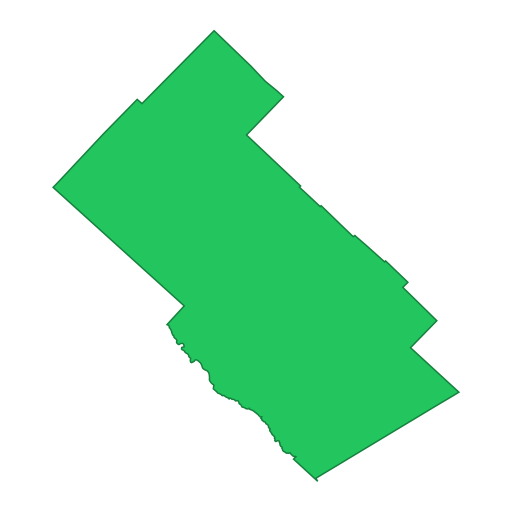 the district of Suipacha, Buenos Aires, Argentina
{"feature_id": "61730980B93203446510136", "entity_name": "Suipacha", "entity_type": "district", "adm_level": 2, "iso_a3": "ARG", "parent_name": "Argentina", "parent_adm1": "Buenos Aires", "projection": "robinson", "projection_center": [-59.716, -34.739], "detail": "fine", "context": "isolated", "style": "filled", "palette": "green", "viewbox_px": 512, "rotation_deg": 0, "n_neighbors": 0, "source": "geoboundaries", "source_scale": "gbopen_adm2", "svg_char_len": 4491}
<svg xmlns="http://www.w3.org/2000/svg" viewBox="0 0 512 512"><path d="M103.7,133.6L58.6,181.7L53.1,187.4L184.2,305.9L167.0,324.6L167.4,324.8L168.0,325.1L168.8,325.7L169.4,326.2L169.3,327.0L169.3,327.7L170.1,328.5L170.6,329.2L171.0,330.0L171.2,330.7L171.6,331.4L171.7,331.9L171.7,332.5L172.0,333.2L172.3,334.0L172.7,334.8L173.2,335.6L173.7,335.8L173.9,336.3L174.0,337.3L174.5,337.9L175.3,338.4L175.9,339.0L176.4,339.6L176.7,340.0L176.9,340.8L176.6,341.6L176.6,342.6L177.3,343.6L178.0,344.1L178.4,344.4L178.9,344.5L179.4,344.4L180.1,343.8L180.7,343.6L181.7,343.4L182.6,343.4L183.6,344.1L183.9,345.2L184.1,346.4L184.0,347.0L183.6,347.0L183.0,347.1L182.2,347.2L181.7,347.6L181.6,348.1L181.5,348.9L182.0,349.6L182.6,349.9L183.4,350.3L184.2,350.8L184.5,351.2L185.1,352.3L186.4,353.3L187.4,353.7L188.1,354.4L188.6,355.3L188.8,356.4L189.2,357.0L190.6,358.2L190.4,359.5L190.3,360.9L190.7,362.2L191.7,362.6L193.1,361.9L194.1,361.4L194.6,360.7L195.0,360.0L196.7,359.9L198.4,361.0L199.9,362.4L200.5,362.9L201.4,364.5L202.0,366.0L202.5,367.8L203.2,368.7L204.7,369.7L206.0,370.3L207.3,370.9L208.8,372.8L209.3,375.0L209.5,377.5L209.4,379.4L209.6,380.6L210.3,381.7L211.4,383.1L212.5,384.1L213.5,384.6L213.9,385.5L213.6,386.6L213.3,388.8L214.3,389.7L215.4,390.6L216.6,391.7L217.5,392.7L218.0,393.2L218.3,393.3L219.1,393.5L220.0,393.9L220.6,394.3L220.9,394.4L221.4,394.7L221.6,395.2L222.1,395.5L222.6,395.7L223.0,395.7L223.7,395.4L224.2,395.6L224.8,396.1L225.4,396.6L226.0,397.0L226.9,397.4L227.5,397.7L228.0,397.8L228.4,398.3L228.9,398.8L229.4,398.9L229.7,398.4L230.0,398.1L230.5,398.1L231.1,398.6L231.6,399.1L232.3,399.3L232.9,399.3L233.6,399.3L234.0,399.6L234.5,399.8L235.0,400.2L235.1,400.6L235.6,400.9L236.8,400.8L237.3,400.6L237.7,400.6L238.1,400.9L238.4,401.4L238.6,401.8L238.9,402.3L238.9,402.7L239.0,403.3L239.6,404.1L240.1,404.1L240.4,404.2L240.9,404.8L241.1,405.2L241.5,406.1L242.0,406.9L242.6,407.2L243.1,407.3L243.5,407.4L244.1,407.5L244.6,407.8L245.1,408.0L245.8,408.6L246.6,408.7L247.1,408.9L247.6,408.9L248.2,408.9L248.7,408.7L249.1,408.3L249.4,408.3L249.6,408.8L249.6,409.1L249.9,409.3L250.1,409.5L250.4,409.6L250.7,409.7L251.4,409.8L252.1,410.3L252.8,410.5L253.3,410.8L253.7,411.2L254.1,411.3L254.5,411.8L255.0,412.2L255.6,412.4L256.0,413.0L256.7,413.3L257.0,413.8L257.5,414.2L258.0,414.5L258.3,414.8L258.7,415.4L259.0,415.7L259.4,416.1L259.8,416.5L260.2,416.9L260.5,416.9L260.9,416.9L261.2,417.1L261.5,416.8L261.8,416.8L261.6,417.3L261.5,417.6L261.2,417.9L260.9,418.3L261.3,418.7L261.6,418.8L261.7,419.4L261.7,419.9L262.4,420.3L262.9,420.8L263.4,421.4L263.9,421.7L264.6,421.8L265.2,422.2L265.6,422.9L265.8,423.5L266.3,424.0L266.8,424.2L267.2,424.4L267.8,424.9L268.2,425.5L268.4,426.0L268.5,426.8L268.6,427.1L268.6,427.5L268.8,427.8L269.4,428.1L269.7,428.3L269.8,428.6L270.1,428.8L270.2,429.1L270.0,429.4L269.7,429.6L269.6,429.8L269.8,430.0L269.8,430.4L269.8,430.8L270.0,431.1L270.3,431.4L270.7,431.8L270.8,432.1L271.2,432.9L271.6,433.2L271.8,433.4L271.8,433.8L271.9,434.2L272.2,434.4L272.5,434.9L272.8,435.0L273.0,435.2L273.2,435.4L273.5,435.7L273.7,435.9L274.0,436.2L274.2,436.3L274.3,436.6L274.5,437.0L274.8,437.2L274.7,437.6L274.5,438.0L274.4,438.3L274.6,438.5L274.8,438.8L274.8,439.0L274.9,439.3L275.0,439.6L275.1,439.9L275.0,440.3L274.8,440.6L275.3,441.2L275.8,441.5L276.2,441.4L276.5,441.3L276.8,441.1L277.1,440.8L277.5,440.8L277.9,440.7L278.3,440.7L278.7,440.9L279.1,441.0L279.4,441.4L279.3,441.8L279.3,442.2L279.5,442.5L279.6,442.8L279.9,443.0L279.8,443.7L279.9,444.3L280.1,444.5L280.2,445.3L280.3,445.7L280.7,446.1L280.8,446.4L281.4,446.8L282.0,447.2L282.2,447.6L281.9,448.4L282.2,448.8L282.4,449.2L282.6,449.7L282.7,450.2L282.9,450.7L283.3,451.1L283.7,451.5L284.2,451.6L284.7,451.9L285.1,452.1L285.4,452.5L285.8,452.8L286.3,452.9L286.7,453.2L287.4,453.2L287.8,453.1L288.5,453.3L289.1,453.1L289.7,452.8L290.1,452.9L290.3,453.2L290.5,453.6L290.9,454.1L291.4,454.4L291.9,455.0L292.6,455.8L293.4,456.2L293.9,456.4L294.5,456.5L295.2,456.4L295.9,456.7L293.5,459.1L317.7,481.3L315.9,478.2L433.8,407.2L450.3,397.4L458.9,392.2L410.5,347.7L436.8,320.7L402.8,287.4L407.9,282.3L385.8,261.1L385.6,260.9L384.6,261.9L366.9,246.0L355.5,236.1L355.3,235.8L355.1,235.6L354.8,235.5L354.6,235.6L354.4,235.9L354.2,236.1L353.9,236.2L353.6,236.2L353.3,236.3L353.1,236.6L339.6,223.6L321.1,205.7L320.2,206.6L299.4,187.2L300.6,186.0L246.5,135.0L283.5,96.8L276.4,90.4L265.3,81.3L257.3,72.9L251.1,66.3L214.1,30.7L142.0,103.6L137.2,99.4L103.7,133.6Z" fill="#22c55e" stroke="#15803d" stroke-width="1.5"/></svg>